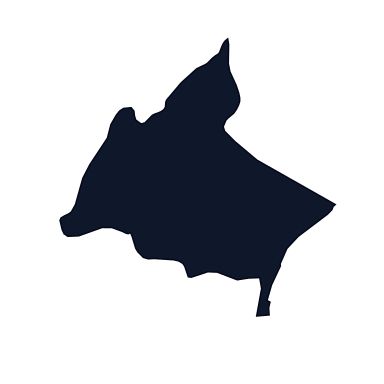 map outline of Lanao del Sur (Natural Earth projection), rotated 255°
{"feature_id": "PHL-2574", "entity_name": "Lanao del Sur", "entity_type": "Province", "adm_level": 1, "iso_a3": "PHL", "parent_name": "Philippines", "parent_adm1": "", "projection": "natural_earth1", "projection_center": [124.383, 7.829], "detail": "fine", "context": "isolated", "style": "filled", "palette": "ink", "viewbox_px": 384, "rotation_deg": 255, "n_neighbors": 0, "source": "natural_earth", "source_scale": "10m", "svg_char_len": 1416}
<svg xmlns="http://www.w3.org/2000/svg" viewBox="0 0 384 384"><g transform="rotate(255 192 192)"><path d="M142.8,327.1L141.5,324.5L138.8,322.6L135.5,317.1L121.7,283.1L112.9,269.0L99.8,258.5L97.7,258.2L81.8,244.8L67.7,236.3L65.5,238.8L60.4,236.1L53.6,234.7L53.3,234.7L55.5,222.4L80.7,234.3L91.8,235.3L94.3,224.3L95.5,213.0L108.1,195.6L110.9,186.6L109.9,169.3L111.0,166.5L122.2,165.8L125.4,164.7L128.8,161.4L131.3,156.8L137.6,138.2L138.8,132.4L141.4,128.1L148.3,124.2L152.3,123.1L165.1,122.7L168.3,122.2L168.6,121.2L168.2,119.7L169.4,117.5L171.9,114.7L178.4,105.5L181.0,96.0L179.0,71.2L181.4,60.5L181.8,60.2L184.7,57.8L184.7,57.7L189.3,56.9L198.7,57.2L200.8,58.8L201.9,62.7L202.7,67.1L203.9,70.3L210.0,76.2L233.6,90.2L244.8,100.4L266.0,124.3L278.2,131.2L278.3,131.3L285.7,138.7L288.9,143.0L290.4,147.4L289.2,155.0L285.3,156.8L280.5,156.1L276.2,156.2L273.8,158.1L270.9,160.4L270.9,164.4L276.3,173.5L276.9,176.3L277.1,179.6L277.6,183.0L278.8,186.2L280.8,188.3L285.6,190.0L287.4,191.3L300.3,209.9L309.9,228.6L311.6,238.1L312.4,240.4L315.9,246.3L317.5,250.0L318.1,252.4L319.4,254.6L325.6,259.2L327.7,261.1L329.4,263.3L330.7,266.1L324.9,265.5L306.7,260.3L298.5,259.7L283.7,262.2L275.6,262.7L270.6,262.4L267.2,261.5L264.2,259.6L260.2,256.1L257.3,252.6L254.2,245.9L252.5,243.2L247.0,239.0L242.2,239.2L230.0,246.2L229.9,246.2L206.0,262.9L142.8,327.1L142.8,327.1Z" fill="#0f172a" stroke="#020617" stroke-width="1.5"/></g></svg>